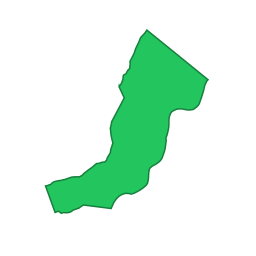 En Leur Ba/Balca, Choiseul, Saint Lucia (Natural Earth projection), rotated 14°
{"feature_id": "8701671B91249744249717", "entity_name": "En Leur Ba/Balca", "entity_type": "district", "adm_level": 2, "iso_a3": "LCA", "parent_name": "Saint Lucia", "parent_adm1": "Choiseul", "projection": "natural_earth1", "projection_center": [-61.02, 13.776], "detail": "fine", "context": "isolated", "style": "filled", "palette": "green", "viewbox_px": 256, "rotation_deg": 14, "n_neighbors": 0, "source": "geoboundaries", "source_scale": "gbopen_adm2", "svg_char_len": 2569}
<svg xmlns="http://www.w3.org/2000/svg" viewBox="0 0 256 256"><g transform="rotate(14 128 128)"><path d="M194.0,61.8L122.6,28.4L121.3,32.0L118.4,37.1L117.6,42.7L116.2,49.3L115.9,53.9L115.1,57.5L113.8,63.0L114.6,65.2L115.2,69.9L113.8,72.2L112.9,75.9L112.1,76.6L111.5,77.1L110.9,77.7L110.8,78.0L110.9,79.0L111.0,80.3L111.1,80.8L111.2,81.7L111.2,82.4L111.1,83.7L111.0,84.7L110.9,85.6L110.7,86.5L110.3,87.8L109.9,88.8L109.6,89.7L109.3,89.3L109.4,90.2L117.1,99.7L110.6,126.0L110.8,127.4L110.8,128.2L110.9,129.3L110.9,130.0L110.9,131.3L110.9,132.3L111.0,132.9L111.5,134.0L111.9,135.2L112.2,136.1L112.7,137.5L113.2,138.7L113.8,140.1L114.5,141.6L115.5,143.5L116.2,144.9L116.7,145.8L117.1,146.7L116.8,147.8L116.8,149.1L116.6,151.3L116.5,152.8L116.6,154.0L116.7,155.2L116.8,156.2L116.7,156.9L115.4,160.9L115.1,162.2L115.1,163.3L115.0,164.2L114.4,165.4L114.0,166.0L113.6,166.8L111.3,167.3L110.7,167.8L109.8,168.3L108.9,169.0L108.4,169.3L107.7,169.5L107.1,169.7L106.3,170.0L105.8,170.5L104.9,171.6L102.9,174.6L100.1,177.8L97.6,181.0L96.3,182.6L95.8,183.4L95.4,184.2L95.2,184.9L94.8,185.2L92.7,187.1L88.7,188.1L87.3,188.6L86.5,188.8L85.7,189.1L85.0,189.4L84.2,190.0L83.4,190.4L82.6,191.0L82.3,191.1L81.7,191.5L81.1,192.0L80.5,192.3L79.7,192.9L78.8,193.4L78.0,193.8L77.4,194.1L76.6,194.5L75.9,194.9L74.3,195.6L73.1,196.0L72.1,196.5L71.2,197.1L70.2,197.4L69.6,197.9L69.0,198.3L68.2,199.1L67.4,200.1L66.9,200.9L66.7,201.3L66.4,201.6L66.0,201.9L65.3,202.2L64.9,202.5L64.3,203.0L63.8,203.3L62.8,203.9L62.5,204.1L62.0,204.2L77.7,227.6L80.2,225.8L81.2,225.7L83.9,226.9L85.5,225.8L89.4,225.0L90.7,224.4L92.7,223.3L94.8,220.8L96.4,219.8L100.0,217.4L101.1,215.9L103.4,213.5L131.1,210.2L131.1,209.9L131.6,207.3L132.2,204.0L133.1,201.3L134.4,198.5L136.0,196.1L138.4,193.8L141.4,192.0L144.9,191.3L147.0,191.4L149.4,190.0L151.9,187.9L154.5,185.5L157.4,182.2L159.6,179.0L160.3,176.6L160.2,173.6L160.0,171.8L159.5,169.3L159.1,167.4L158.8,164.8L158.7,162.7L159.2,161.3L160.6,159.3L162.3,157.7L163.6,156.6L165.5,154.4L166.7,152.9L167.6,151.1L168.3,149.1L168.5,147.3L168.7,145.0L169.0,141.9L169.0,139.4L168.8,137.1L168.3,132.9L168.1,130.8L167.3,128.8L167.3,127.8L167.6,125.1L167.6,123.6L167.5,119.4L167.1,115.8L166.4,113.0L165.8,110.5L165.4,107.7L165.5,105.5L165.9,103.1L166.5,101.7L168.1,100.0L170.1,98.4L172.2,97.3L175.3,96.5L177.2,96.3L178.8,96.3L180.5,96.2L183.3,95.7L186.9,94.2L189.4,91.2L190.7,88.9L191.3,87.1L191.5,84.4L191.8,81.6L192.1,77.9L192.3,72.7L192.2,71.0L192.2,70.7L192.2,68.1L192.6,66.0L193.0,63.7L193.8,62.1L194.0,61.8Z" fill="#22c55e" stroke="#15803d" stroke-width="1.5"/></g></svg>